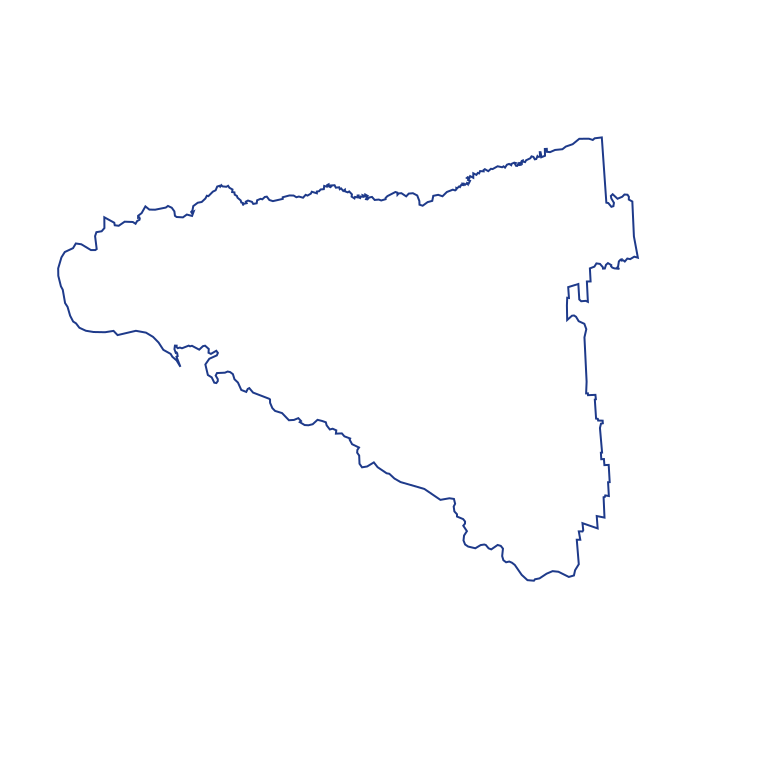 Simoca, Tucumán, Argentina, rotated 165°
{"feature_id": "61730980B79833488690103", "entity_name": "Simoca", "entity_type": "district", "adm_level": 2, "iso_a3": "ARG", "parent_name": "Argentina", "parent_adm1": "Tucumán", "projection": "robinson", "projection_center": [-65.304, -27.381], "detail": "fine", "context": "isolated", "style": "outline", "palette": "blue", "viewbox_px": 768, "rotation_deg": 165, "n_neighbors": 0, "source": "geoboundaries", "source_scale": "gbopen_adm2", "svg_char_len": 6162}
<svg xmlns="http://www.w3.org/2000/svg" viewBox="0 0 768 768"><g transform="rotate(165 384 384)"><path d="M611.0,617.4L613.7,607.0L617.2,604.6L622.5,605.1L624.8,601.6L626.6,588.7L628.2,588.1L632.4,589.2L640.2,597.3L645.3,599.5L649.2,595.7L658.2,594.1L662.8,589.8L668.8,580.0L670.6,572.8L670.8,562.0L669.9,558.2L671.1,544.7L669.7,540.4L669.5,531.2L668.1,524.8L665.8,522.3L663.7,517.2L658.2,512.6L651.1,509.4L640.0,506.2L631.5,505.3L628.7,500.2L609.9,499.6L600.6,495.2L594.9,489.3L591.0,482.4L588.3,474.1L582.3,468.3L581.4,465.1L578.2,460.4L576.2,453.3L577.4,464.0L576.1,464.3L575.8,467.2L576.2,468.2L577.1,468.0L577.4,471.9L576.0,475.2L574.4,474.7L574.8,473.5L574.0,472.0L571.7,472.0L569.9,470.8L562.7,471.6L561.6,470.6L559.6,470.6L553.6,465.0L549.1,467.4L546.9,467.3L544.2,463.2L545.4,459.6L543.4,457.9L537.4,459.5L536.4,457.0L538.1,454.9L546.2,453.6L551.5,449.1L551.8,438.3L548.7,435.0L547.6,429.2L545.7,428.3L543.8,429.8L543.3,431.7L544.4,435.7L542.5,437.8L534.7,436.1L531.8,436.5L529.5,435.3L527.4,432.6L527.2,427.3L524.7,423.2L523.4,415.2L519.1,412.0L516.9,414.5L515.2,414.9L512.7,409.6L498.8,399.5L498.1,398.6L498.9,395.3L498.1,389.6L496.2,386.2L490.0,382.3L485.2,373.6L480.3,372.6L475.6,373.2L473.7,369.7L475.2,369.0L471.3,364.9L467.7,363.7L463.3,363.6L457.5,366.6L453.5,364.4L450.1,362.1L450.1,358.9L448.1,354.1L445.2,354.1L442.1,351.6L443.3,348.5L437.5,347.2L435.8,343.7L430.8,340.1L431.6,339.1L430.4,334.1L424.6,329.1L426.8,327.2L427.7,324.6L426.5,321.3L428.3,313.3L426.8,309.2L421.6,308.7L414.1,310.9L411.7,305.3L404.6,297.1L402.1,295.9L398.4,290.0L393.4,285.0L372.2,272.2L359.5,257.5L350.4,256.7L346.2,254.9L346.3,249.9L348.4,247.6L349.0,242.7L347.2,239.3L347.8,237.1L342.5,233.0L341.3,230.2L341.9,228.2L344.1,226.6L342.0,220.4L345.9,216.9L347.7,212.3L347.2,208.0L344.8,205.2L338.3,201.7L332.3,203.4L328.7,203.0L327.3,202.1L325.5,198.2L323.2,196.5L315.9,199.1L313.1,197.4L311.7,194.2L314.4,187.2L314.3,182.9L312.2,180.2L309.0,180.1L306.7,178.3L304.5,175.4L300.4,164.0L296.2,157.4L290.1,155.2L288.7,156.3L284.1,156.0L276.0,158.7L269.6,159.6L264.1,157.5L255.4,149.8L250.1,149.9L247.6,154.7L242.5,159.5L238.1,183.7L234.7,182.8L234.0,191.2L230.4,190.2L229.4,191.2L228.3,198.2L215.0,189.2L212.7,201.4L205.6,197.9L201.2,217.8L199.9,217.8L199.1,219.1L195.8,217.6L193.0,231.1L191.4,230.8L187.9,247.7L192.1,248.6L191.0,254.6L193.6,255.1L192.3,261.5L191.1,261.3L186.8,285.6L184.7,289.5L182.8,289.4L182.3,292.0L186.6,293.3L186.5,295.0L188.1,295.7L184.4,314.4L183.3,314.4L182.6,318.8L189.8,320.4L189.5,322.2L191.2,322.6L187.7,333.8L178.3,377.2L174.4,384.6L174.9,390.3L179.7,394.3L181.1,399.2L182.7,401.0L184.8,401.3L190.5,398.4L187.0,412.5L184.7,419.9L183.1,419.2L181.0,429.9L170.4,430.3L173.5,415.1L172.1,412.9L167.6,412.1L165.8,410.6L161.5,430.5L157.9,429.6L155.2,442.4L150.4,442.9L147.6,445.5L144.3,444.1L142.4,440.2L142.6,438.8L140.8,438.4L138.7,441.7L136.4,442.8L133.7,440.0L134.2,439.0L133.4,437.4L131.6,436.1L126.8,434.3L128.8,436.0L127.5,436.9L125.4,441.6L123.3,442.9L122.1,442.9L122.3,441.7L120.8,441.5L119.7,440.0L116.5,442.2L113.9,440.9L109.3,442.2L106.1,440.3L104.4,461.9L96.9,496.0L99.8,498.8L99.0,501.5L99.8,503.8L102.7,504.8L105.4,503.2L110.5,502.5L114.0,508.1L116.2,506.9L116.4,504.4L115.0,499.5L116.4,496.4L118.5,496.3L120.5,500.7L122.3,501.6L109.8,565.8L116.9,566.8L119.2,565.7L122.6,567.9L131.9,570.3L139.7,566.8L146.9,566.3L150.9,564.6L158.2,565.8L163.6,565.0L166.5,566.1L165.9,569.0L167.8,569.4L169.4,562.8L173.3,562.3L173.1,563.3L172.8,567.4L173.5,567.6L174.1,564.6L173.4,563.0L176.3,563.5L176.8,564.4L178.7,561.9L180.2,562.0L180.9,564.7L182.6,565.7L184.2,564.2L188.9,563.3L190.3,561.8L192.2,562.9L192.0,564.0L193.2,563.8L194.5,562.3L193.6,561.9L193.9,561.0L195.8,562.3L196.5,561.7L195.8,560.4L196.8,560.5L197.2,562.0L198.9,560.2L200.0,560.6L200.5,562.7L199.5,563.3L200.9,564.1L204.0,563.6L204.5,562.5L206.2,564.2L208.5,564.0L211.1,561.7L212.2,563.3L213.8,562.8L217.9,564.9L223.5,563.5L225.0,564.2L228.2,562.6L231.0,565.4L232.5,564.8L232.7,563.6L236.1,564.8L237.6,562.8L238.8,563.6L240.6,562.1L243.2,564.4L244.4,560.1L247.0,562.5L248.2,560.8L249.5,562.1L250.6,561.6L249.3,560.3L250.0,559.3L248.3,558.0L250.3,555.7L251.5,556.5L251.6,555.5L252.2,556.3L254.3,555.4L255.0,556.9L256.4,557.3L256.4,555.8L257.8,556.4L259.6,554.6L260.3,555.4L262.7,554.1L263.4,554.7L263.9,553.1L265.2,552.6L267.2,553.9L273.6,553.2L278.9,550.2L282.7,552.7L287.7,553.0L290.0,548.4L294.8,548.4L300.5,546.2L303.3,548.0L302.5,551.6L303.1,557.5L306.7,560.8L310.8,561.5L314.0,559.5L317.8,563.8L320.5,564.3L322.0,563.3L321.6,565.4L323.3,566.5L332.1,564.6L334.3,563.3L334.6,562.1L339.2,562.0L341.3,563.5L345.4,564.2L347.2,567.8L350.1,568.0L352.2,566.6L353.5,567.2L351.7,569.4L352.9,570.0L351.5,570.3L353.1,571.9L353.7,570.4L355.7,571.8L355.6,570.2L357.9,571.1L358.9,569.8L360.0,570.8L359.7,572.7L360.7,572.9L361.2,571.1L363.6,572.2L364.5,570.9L366.8,573.4L365.9,575.5L367.8,579.0L369.4,578.5L371.8,580.2L371.5,581.8L373.4,581.0L374.8,584.0L376.3,583.6L376.4,585.6L379.7,586.1L380.3,588.8L384.8,589.7L383.9,588.5L384.8,588.0L386.4,589.4L385.9,591.2L387.4,590.9L388.1,589.4L390.5,590.8L391.7,587.8L394.9,588.3L396.8,587.0L399.0,587.3L399.5,585.6L404.0,588.4L405.4,586.8L409.1,585.8L410.7,587.0L414.0,584.9L417.7,587.1L420.3,587.1L422.5,589.4L426.5,590.6L433.5,590.6L433.9,589.0L444.0,589.4L447.1,591.4L448.7,595.3L450.7,595.5L453.7,593.9L455.3,594.8L459.0,594.3L460.2,591.5L463.7,591.8L464.4,594.1L467.9,596.4L470.2,595.9L469.9,594.2L473.0,594.4L474.0,593.0L473.5,595.4L474.9,596.3L474.9,598.4L477.3,601.9L477.4,603.7L479.2,605.5L478.9,607.8L481.0,608.7L480.0,611.1L482.5,613.5L483.3,615.8L485.2,615.3L488.9,616.7L489.7,618.2L491.2,617.0L491.6,618.0L494.0,617.9L496.5,614.7L499.5,614.1L505.0,610.9L506.4,611.7L508.5,609.4L513.0,607.0L517.0,607.3L522.2,605.2L524.1,601.2L525.7,600.1L525.4,599.1L523.3,599.7L525.9,596.0L530.6,598.7L535.1,597.0L541.1,599.0L542.4,600.6L541.8,605.0L543.4,609.2L546.6,611.9L549.1,610.9L560.0,611.6L565.5,613.2L568.5,617.3L573.9,611.8L578.0,610.1L578.5,608.2L577.2,608.2L577.1,607.0L577.7,605.9L580.3,605.3L582.5,603.1L584.7,605.5L592.5,607.9L599.3,605.5L603.0,607.0L602.8,609.6L611.0,617.4Z" fill="none" stroke="#1e3a8a" stroke-width="2"/></g></svg>